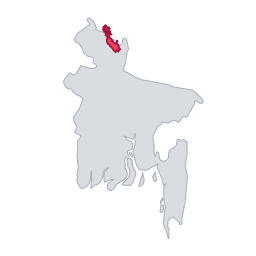 location of Lalmonirhat, Bangladesh, rotated 12°
{"feature_id": "16705992B84214314165922", "entity_name": "Lalmonirhat", "entity_type": "district", "adm_level": 2, "iso_a3": "BGD", "parent_name": "Bangladesh", "parent_adm1": "", "projection": "mercator", "projection_center": [89.252, 26.122], "detail": "fine", "context": "in_parent", "style": "filled", "palette": "rose", "viewbox_px": 256, "rotation_deg": 12, "n_neighbors": 0, "source": "geoboundaries", "source_scale": "gbopen_adm2", "svg_char_len": 8144}
<svg xmlns="http://www.w3.org/2000/svg" viewBox="0 0 256 256"><g transform="rotate(12 128 128)"><path d="M87.7,183.5L87.7,177.3L83.6,165.1L83.8,163.8L82.9,157.9L81.9,154.6L81.4,151.1L83.8,146.1L82.8,145.3L77.4,143.8L76.7,142.5L77.9,137.5L74.0,132.8L72.4,129.3L76.6,118.0L77.7,110.1L77.4,108.6L74.8,106.8L70.3,106.1L67.1,104.6L65.2,102.4L63.6,101.5L61.6,102.1L59.1,101.3L57.0,99.1L55.3,96.3L55.9,93.4L59.3,86.4L60.5,86.2L63.3,87.5L64.4,87.5L66.3,84.7L68.9,76.8L78.1,77.5L80.3,77.3L82.6,76.6L83.9,75.6L84.6,74.4L84.3,73.3L81.5,71.8L80.4,70.7L79.6,67.5L78.8,66.3L73.3,66.1L70.4,64.7L68.8,63.3L66.0,59.0L62.5,55.8L59.2,55.0L57.9,54.0L57.2,52.4L57.6,50.0L59.3,45.4L68.4,35.4L68.7,34.3L68.3,33.0L65.6,31.4L65.4,30.7L66.2,28.6L67.7,28.3L70.9,30.2L74.1,33.3L76.0,36.0L76.1,38.2L78.6,38.6L80.7,39.6L82.8,39.3L84.2,39.8L85.2,39.6L85.5,38.4L83.7,35.2L84.6,33.9L86.7,34.0L88.2,35.2L89.3,37.6L89.5,41.3L92.0,44.7L95.2,47.1L97.8,48.2L100.8,49.0L103.5,48.2L104.8,45.9L104.2,43.8L104.6,41.9L105.6,40.8L107.3,40.9L108.5,42.4L112.1,50.5L111.3,54.1L112.1,63.8L111.2,70.3L111.8,72.8L112.4,73.2L117.8,74.4L125.6,77.0L131.5,77.9L158.5,77.2L164.4,78.4L182.4,77.5L187.3,79.5L192.6,82.9L195.6,85.3L196.1,86.8L195.8,88.0L194.8,88.6L192.9,88.7L188.7,87.1L188.0,87.5L188.0,91.4L184.5,101.0L184.0,104.0L182.8,105.1L179.3,105.7L176.9,111.3L175.9,112.0L173.6,110.8L172.2,111.0L170.3,111.5L168.5,112.8L167.3,114.4L165.8,115.0L160.8,114.9L159.8,117.4L156.6,120.8L154.3,129.8L154.5,132.5L157.2,139.7L159.2,148.9L159.9,149.9L160.9,150.0L160.9,145.7L161.8,145.2L163.0,145.7L165.4,151.4L166.7,152.8L168.8,153.2L171.2,152.4L172.9,150.7L173.7,148.9L173.0,142.7L174.2,140.1L178.2,136.3L178.8,135.2L178.6,128.9L180.1,128.7L182.2,129.2L184.8,127.7L185.6,127.7L186.7,129.3L188.6,129.0L191.3,141.4L191.6,150.1L192.2,155.0L193.2,156.0L196.3,163.3L199.2,188.7L199.5,204.8L200.7,210.3L199.7,211.5L198.7,211.7L197.8,209.8L191.2,205.7L189.6,206.1L187.4,208.5L186.5,210.7L186.9,213.8L187.6,216.8L189.1,218.5L189.3,220.5L191.0,227.6L190.5,227.7L186.9,221.1L182.6,214.7L181.1,203.1L181.0,197.4L178.1,190.7L175.3,178.9L176.5,174.7L174.4,176.5L171.1,169.5L165.9,162.5L164.4,159.5L164.4,156.5L162.2,159.5L159.1,161.6L156.1,164.8L154.0,165.7L147.5,166.3L143.8,162.1L138.4,151.6L137.7,149.3L138.4,143.1L137.1,137.3L136.7,132.2L135.8,132.6L135.4,134.1L135.6,136.2L135.2,138.0L126.2,136.9L130.0,139.9L134.2,140.6L136.3,143.4L136.4,147.9L132.4,150.7L132.7,153.0L135.1,155.8L132.2,156.6L131.5,158.4L131.4,161.0L133.4,165.0L133.0,166.6L136.5,171.8L137.1,174.3L136.3,177.9L128.9,185.0L126.8,190.1L124.9,192.5L122.7,192.9L119.9,190.5L119.9,188.1L120.4,186.1L124.3,181.4L122.2,182.0L116.2,185.9L115.1,182.7L114.3,179.8L114.3,176.2L117.2,170.8L113.9,173.5L113.0,176.8L113.4,180.8L113.0,183.6L111.7,187.2L110.0,189.4L107.2,190.8L105.9,193.0L104.0,194.6L103.4,187.2L101.3,177.3L100.9,179.4L102.0,185.6L101.9,189.6L100.4,192.8L97.3,196.2L94.9,196.7L93.5,196.1L89.1,191.0L88.7,186.2L87.7,183.5ZM142.2,183.6L136.7,184.8L133.9,184.5L139.1,175.5L139.0,171.5L138.2,168.2L135.5,165.6L135.3,163.7L134.2,161.2L133.5,158.2L136.5,157.2L138.9,158.9L139.7,162.3L140.9,164.9L145.1,170.1L145.0,173.4L143.9,181.2L142.2,183.6ZM154.0,180.7L150.6,183.1L151.7,169.0L154.2,174.2L154.9,177.0L154.0,180.7ZM166.8,173.7L165.3,174.7L164.0,173.8L162.2,170.5L163.1,166.3L163.6,165.6L165.7,169.9L166.8,173.7ZM179.2,203.4L177.3,203.6L176.4,202.6L176.8,201.2L176.3,196.6L178.7,196.1L179.6,200.0L179.2,203.4ZM177.1,190.6L175.7,195.2L175.1,193.2L176.1,189.2L177.1,190.6ZM137.9,153.8L138.5,155.3L135.4,153.4L134.6,152.0L136.0,151.3L137.9,153.8Z" fill="#d9dde1" stroke="#a8b0b8" stroke-width="1"/><path d="M101.3,48.5L100.7,48.5L100.2,48.1L99.6,48.0L99.8,47.4L99.7,47.1L99.5,46.8L99.3,47.0L99.0,47.0L98.8,47.5L98.4,47.6L98.5,48.0L97.8,48.0L97.4,48.1L97.2,48.0L97.1,47.9L96.8,47.9L96.7,47.6L96.8,47.6L96.5,47.4L96.4,47.1L96.1,47.1L95.6,46.7L95.5,46.8L94.8,46.7L95.0,46.5L95.0,46.1L94.6,46.3L94.1,46.2L94.2,45.6L94.5,45.2L94.0,45.2L94.0,44.9L93.7,44.7L93.4,44.5L93.3,44.3L93.3,44.1L92.8,44.0L92.5,43.9L92.2,44.1L91.7,43.8L91.4,43.8L91.1,43.5L90.8,42.9L91.1,42.7L90.8,42.4L90.5,42.5L90.5,42.2L90.3,42.1L90.5,41.5L90.8,41.1L90.6,40.9L90.5,40.1L90.3,40.1L90.4,39.9L90.3,40.0L90.2,39.7L89.9,39.5L90.0,39.2L89.5,38.7L89.4,38.8L89.4,38.5L89.3,38.3L89.5,38.2L89.4,38.1L89.5,37.9L89.2,37.7L89.4,37.3L89.9,38.3L90.0,38.1L90.3,37.9L90.1,37.8L90.2,37.7L90.4,37.6L90.3,37.4L90.2,37.4L90.4,37.4L90.4,37.2L90.1,37.2L89.6,37.2L89.3,37.1L89.1,36.8L89.0,37.2L88.7,37.1L89.3,36.6L89.2,36.5L89.2,36.1L89.2,35.8L88.6,35.7L88.9,35.6L88.9,34.9L89.1,34.7L88.7,34.7L88.8,34.5L88.8,34.4L88.5,34.5L88.4,34.7L88.5,34.5L88.2,34.3L88.1,34.5L88.1,34.3L87.9,34.5L87.3,34.3L87.3,34.5L87.2,34.5L87.0,34.1L86.7,34.2L86.8,34.1L86.8,33.9L86.3,33.9L86.3,33.6L85.9,33.5L86.0,33.9L85.9,33.9L85.9,33.7L85.6,33.6L85.6,33.3L85.4,33.1L85.6,33.0L85.6,32.7L85.4,32.7L85.0,32.5L85.0,32.3L84.7,32.2L84.8,32.5L85.0,32.5L84.8,32.6L84.5,32.5L84.4,32.7L84.5,32.8L84.4,33.0L84.6,33.1L84.4,33.2L84.3,33.4L83.8,33.2L83.8,33.4L84.0,33.4L83.7,33.5L83.7,33.8L83.9,33.9L83.8,34.1L83.1,34.1L83.2,34.3L83.4,34.2L83.5,34.3L83.5,34.9L83.2,35.1L83.6,35.2L83.3,35.4L83.3,35.5L83.6,35.6L83.5,35.8L83.8,35.6L84.1,35.9L84.4,35.9L84.5,35.5L84.8,35.7L84.8,35.9L84.5,36.0L84.4,36.3L84.6,36.2L84.8,36.3L84.6,36.4L84.7,36.8L84.8,36.8L84.8,36.6L84.8,36.2L85.0,36.2L85.4,36.2L85.6,36.1L85.8,36.5L85.5,36.4L85.6,36.7L85.9,36.6L86.1,36.8L86.0,37.1L85.8,37.1L86.0,37.3L85.9,37.4L85.6,37.2L85.6,37.5L85.6,37.9L85.8,37.9L85.9,38.0L86.0,37.9L86.0,38.2L86.3,37.7L86.6,38.2L86.5,37.9L86.8,37.6L86.7,38.2L87.2,38.5L87.4,38.4L87.3,38.5L87.5,38.7L87.7,38.3L87.6,38.5L87.6,38.3L87.4,38.2L87.6,38.0L87.9,38.1L87.9,38.4L88.1,38.6L87.8,38.7L88.1,38.9L88.0,39.0L88.1,39.5L87.7,39.4L87.6,39.6L87.7,39.9L87.3,39.8L87.2,39.9L87.1,39.7L87.0,39.8L86.8,39.8L86.6,40.0L86.8,40.4L87.1,40.5L87.1,41.3L86.8,41.5L86.7,41.7L87.0,41.8L87.1,42.1L87.3,42.0L87.2,42.2L87.3,42.3L87.6,42.3L87.9,42.5L88.4,42.4L89.2,43.3L89.1,43.6L89.3,44.2L89.2,44.4L88.9,44.4L88.9,44.9L88.9,45.3L89.2,45.7L89.0,46.0L88.9,46.3L89.2,47.2L89.3,47.5L89.3,47.8L89.6,48.7L89.9,48.8L90.0,49.1L90.9,50.0L91.5,50.2L91.8,50.1L92.2,50.4L92.4,50.3L93.0,51.2L93.5,51.8L94.3,52.0L94.4,52.3L94.9,52.1L95.3,52.3L95.3,52.6L95.7,53.1L96.0,53.2L96.1,53.4L96.4,53.5L96.7,53.7L96.7,54.1L97.1,54.5L97.8,54.8L97.8,55.1L98.3,55.5L99.3,55.7L99.6,55.6L99.7,55.9L100.2,55.9L100.2,56.0L100.3,55.9L100.5,56.0L100.6,55.8L100.6,55.0L101.0,55.0L100.9,54.9L101.0,54.9L100.9,54.8L100.7,54.6L100.5,54.9L100.4,54.8L100.4,54.6L100.7,54.4L100.9,54.6L101.1,54.5L101.2,54.2L101.3,54.3L101.4,54.7L101.6,54.9L101.5,55.0L101.8,55.0L101.6,55.1L102.5,55.3L102.5,54.9L102.4,54.9L102.4,54.7L102.5,54.7L102.6,55.0L102.8,55.0L103.0,54.6L103.0,54.1L102.9,54.0L102.9,53.4L102.8,53.1L103.5,53.3L103.6,52.7L104.1,52.5L104.1,52.4L103.3,52.3L103.3,52.1L102.9,51.9L102.8,51.4L102.4,51.3L102.4,51.0L102.2,50.8L102.2,50.4L101.8,50.0L102.0,49.9L102.0,49.7L101.8,49.6L101.6,49.7L101.3,49.8L101.0,49.3L101.3,48.8L101.3,48.5ZM86.9,39.9L86.8,40.0L86.8,39.9L86.9,39.9ZM83.8,36.6L83.6,36.6L83.7,36.9L83.5,37.0L83.9,37.6L83.7,37.9L83.7,38.1L84.3,38.3L84.7,38.8L85.3,38.6L85.3,38.4L85.5,38.5L85.6,37.9L85.4,37.8L85.3,38.0L84.9,38.1L85.0,37.7L84.6,37.7L84.5,37.2L84.1,37.4L84.1,37.1L84.3,37.1L84.3,36.8L84.1,36.6L83.8,36.8L83.8,36.6ZM90.8,39.2L90.4,38.9L90.3,39.2L90.4,39.6L90.7,39.7L90.6,39.9L91.0,40.1L91.0,39.8L90.9,39.8L91.1,39.6L91.2,40.0L91.5,40.0L91.3,39.6L91.5,39.4L91.4,39.3L91.6,39.4L91.5,39.2L91.4,39.3L91.3,39.0L90.9,39.1L90.8,39.6L90.5,39.5L90.5,39.2L90.8,39.2ZM99.4,45.3L98.7,45.1L98.6,45.5L99.0,45.7L99.4,45.6L99.4,45.3ZM86.5,39.1L86.2,39.1L86.2,39.4L86.2,39.2L86.1,39.5L86.3,39.6L86.5,39.1ZM87.0,38.8L86.8,38.9L86.8,39.1L87.1,39.4L87.3,39.1L87.0,38.8ZM99.5,44.7L99.2,44.7L99.2,44.9L99.6,45.0L99.5,44.7ZM86.1,38.7L85.9,38.6L86.1,38.7ZM89.8,38.5L89.7,38.4L89.6,38.7L89.8,38.5ZM92.0,39.9L91.7,39.8L91.8,40.0L92.0,39.9ZM87.9,34.3L88.0,34.2L87.8,34.1L87.9,34.3ZM84.3,36.0L84.1,35.9L84.1,36.1L84.3,36.0ZM88.4,34.3L88.5,34.3L88.5,34.2L88.4,34.3ZM90.2,38.0L90.4,38.0L90.3,37.9L90.2,38.0ZM88.2,34.3L88.3,34.2L88.2,34.1L88.2,34.3ZM90.7,37.8L90.7,37.7L90.6,37.8L90.7,37.8Z" fill="#f43f5e" stroke="#9f1239" stroke-width="1.5"/></g></svg>